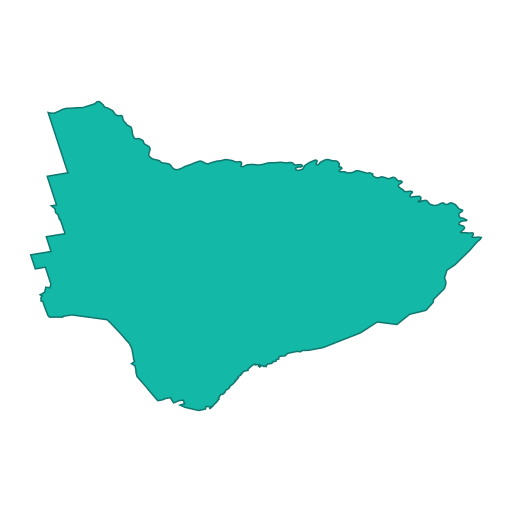 the district of Dunikas pag., Rucavas, Latvia
{"feature_id": "27541924B90244884039067", "entity_name": "Dunikas pag.", "entity_type": "district", "adm_level": 2, "iso_a3": "LVA", "parent_name": "Latvia", "parent_adm1": "Rucavas", "projection": "natural_earth1", "projection_center": [21.341, 56.279], "detail": "fine", "context": "isolated", "style": "filled", "palette": "teal", "viewbox_px": 512, "rotation_deg": 0, "n_neighbors": 0, "source": "geoboundaries", "source_scale": "gbopen_adm2", "svg_char_len": 6054}
<svg xmlns="http://www.w3.org/2000/svg" viewBox="0 0 512 512"><path d="M40.9,297.6L41.1,301.1L42.7,301.1L44.4,306.3L47.9,315.3L49.4,317.1L62.7,317.1L62.7,316.4L71.8,314.9L107.1,319.7L110.7,323.1L121.1,334.1L126.0,339.9L129.1,343.2L131.2,347.2L132.0,349.5L133.4,357.1L133.5,359.0L134.6,361.5L131.5,363.7L134.9,365.7L135.9,370.1L136.0,372.6L137.0,376.5L145.9,386.6L149.6,391.2L157.8,400.7L162.7,399.8L165.6,398.5L170.8,397.6L171.1,399.1L173.7,402.9L179.2,400.6L183.4,400.2L184.5,403.7L180.0,405.1L185.2,407.4L198.7,410.5L205.4,409.1L206.1,406.5L208.3,406.6L209.8,407.0L210.0,407.2L209.8,408.1L209.8,408.3L210.2,408.5L210.4,408.5L211.3,407.3L211.4,406.5L212.4,406.7L212.6,406.5L214.0,404.6L216.0,402.7L217.4,401.2L217.5,400.7L219.1,399.1L218.5,398.7L218.4,398.0L218.9,397.3L219.4,397.0L219.3,396.4L220.3,395.3L220.7,394.5L222.1,394.4L223.7,393.8L223.9,393.6L223.9,393.1L225.2,391.9L225.6,390.6L226.1,390.0L226.5,389.6L227.6,389.3L229.1,388.1L229.3,387.5L229.9,386.9L229.8,386.3L233.1,383.9L234.3,382.4L235.7,381.0L235.4,380.3L235.5,380.0L236.7,379.8L237.4,378.7L238.4,377.8L237.8,377.5L238.2,376.5L240.3,375.4L241.0,374.8L241.0,374.6L240.7,374.4L240.7,374.2L242.2,373.3L243.0,371.9L243.9,371.3L247.4,370.5L248.1,370.2L247.8,369.8L247.8,369.6L248.4,368.8L249.1,368.3L249.6,367.5L250.2,367.3L250.9,366.4L251.6,366.1L252.1,365.5L253.7,364.6L255.0,364.1L255.4,364.2L255.3,364.8L255.6,365.0L257.2,364.5L259.5,364.6L259.2,365.0L259.4,365.3L258.5,365.8L258.4,366.0L259.5,366.7L259.6,367.0L260.5,366.5L260.3,366.1L262.4,365.5L262.7,365.7L263.2,365.7L263.7,366.0L263.8,366.5L265.1,366.4L266.0,366.6L266.0,366.2L266.4,365.9L266.2,365.0L267.1,364.7L268.0,363.9L271.1,363.6L272.7,362.6L272.6,361.9L273.1,361.4L274.6,361.6L276.0,361.1L276.2,360.8L276.2,359.8L276.4,359.6L278.3,359.2L278.8,359.0L278.8,357.2L279.1,356.7L280.7,356.2L285.2,355.8L287.0,353.9L288.7,353.1L297.1,351.4L300.6,351.8L302.3,350.5L308.7,350.3L322.1,347.8L323.5,347.4L360.6,332.8L376.9,322.2L378.9,322.2L396.9,324.5L409.6,314.3L425.7,310.4L426.5,309.8L433.1,302.4L433.7,299.2L444.3,288.7L445.8,284.3L445.8,281.4L444.5,278.0L446.9,270.2L454.8,264.9L469.6,250.5L476.8,242.2L480.3,239.2L481.3,237.5L478.8,237.1L477.0,237.1L475.9,237.6L474.5,237.2L472.9,237.4L472.4,237.2L472.1,237.0L472.0,236.6L472.9,235.4L473.3,233.7L473.0,233.1L472.3,232.8L469.7,233.1L465.6,232.7L461.5,232.7L460.9,232.5L460.6,232.2L460.7,231.9L461.0,231.4L462.0,230.9L463.8,229.2L464.4,228.4L464.5,227.5L464.2,226.9L462.8,225.8L459.3,224.8L458.9,224.4L459.0,223.3L460.0,222.2L461.0,221.6L463.6,220.8L466.2,220.8L466.8,220.2L466.6,219.9L465.1,219.3L463.6,218.3L460.6,217.8L459.7,217.1L459.0,215.7L458.8,214.8L459.1,213.7L459.6,212.8L461.1,212.1L462.1,211.4L462.5,210.9L462.6,210.2L462.2,209.9L459.3,209.0L458.5,208.3L455.5,204.7L455.0,204.4L451.5,202.8L449.9,203.0L447.7,204.3L446.1,204.5L445.3,204.3L443.3,202.9L442.9,202.9L441.0,203.3L437.9,205.0L435.4,205.5L432.9,205.2L429.9,204.1L429.1,203.4L427.1,200.9L425.6,200.3L422.7,200.8L419.8,201.9L418.3,201.9L418.3,201.5L418.6,201.1L420.5,200.5L420.8,200.2L420.6,198.8L420.7,198.0L421.0,197.8L420.5,196.9L419.1,196.2L413.3,196.7L411.3,197.1L410.4,196.9L409.8,195.8L410.5,194.3L412.4,192.5L412.4,192.0L412.2,191.6L410.5,191.2L405.4,191.7L404.6,191.4L403.9,190.9L403.2,189.9L399.6,187.6L398.5,186.3L398.3,185.4L399.0,184.5L401.8,182.7L402.1,181.9L401.9,181.4L400.9,180.9L398.6,180.9L397.8,180.7L395.2,177.9L394.4,177.5L392.8,177.3L389.6,178.5L388.4,178.7L387.0,178.4L385.5,177.7L382.1,176.8L380.7,177.0L379.8,177.4L378.3,177.8L376.4,177.7L374.4,176.9L372.6,175.6L372.4,175.0L372.7,174.6L372.6,173.8L369.6,172.8L368.1,173.2L367.0,173.2L358.9,170.9L356.5,170.7L355.5,171.0L353.3,172.2L352.1,172.6L346.9,173.0L346.4,172.8L345.9,172.2L345.5,172.2L345.0,171.8L340.4,171.7L339.5,171.4L339.2,170.4L340.2,169.6L341.7,168.7L341.9,168.4L341.4,167.4L340.3,166.9L339.0,166.9L338.8,166.6L338.9,166.2L339.4,164.2L339.2,163.5L337.5,161.6L336.9,161.2L335.8,160.9L332.6,160.8L328.5,159.6L326.8,159.5L324.4,160.2L322.0,161.4L320.1,162.5L318.7,164.4L318.1,164.8L317.3,164.9L316.7,164.8L316.1,164.3L316.2,163.6L317.1,161.4L317.0,160.7L316.5,160.3L315.0,160.1L309.0,162.7L305.1,165.3L304.4,166.2L303.1,168.7L302.2,169.3L298.9,170.4L297.1,170.2L296.2,169.9L295.8,169.5L295.7,168.1L295.9,167.9L298.1,167.1L299.3,167.0L300.3,167.1L301.8,166.7L302.5,166.0L302.2,165.5L301.1,164.7L299.9,164.6L295.3,165.0L294.4,164.7L292.4,162.8L291.9,162.6L289.0,162.5L286.9,162.9L285.8,162.9L281.4,162.3L279.2,162.3L276.9,162.6L269.2,162.8L266.8,163.2L262.7,164.4L260.0,164.9L258.1,165.0L252.4,164.4L247.9,164.7L247.0,164.8L243.5,166.5L241.7,166.6L241.0,166.4L240.7,166.1L241.6,163.8L241.7,163.3L241.6,162.9L240.7,161.9L240.2,161.6L236.3,162.0L235.3,161.8L232.4,160.6L227.4,159.7L225.1,159.6L221.2,160.6L216.5,161.2L211.5,162.6L209.1,163.5L208.0,163.8L207.2,163.8L205.5,163.3L201.4,161.2L199.7,161.1L194.3,162.9L190.8,164.5L187.5,165.5L185.8,166.2L184.6,166.5L182.7,167.8L178.0,169.6L177.2,169.7L175.0,169.4L173.7,168.8L173.0,168.3L172.1,167.4L170.9,165.4L169.1,164.0L166.7,163.4L162.0,162.9L161.0,162.2L159.3,160.6L152.7,159.0L150.0,157.1L148.7,155.5L148.9,153.7L150.1,149.3L149.9,148.0L149.3,147.0L148.7,146.4L144.6,144.1L143.9,143.0L143.4,141.9L143.3,141.0L141.8,139.8L139.3,138.7L138.3,138.5L135.7,138.9L134.4,138.3L133.1,135.9L132.4,133.4L132.1,130.8L131.6,128.6L131.0,127.1L130.4,126.7L127.1,125.0L125.6,122.9L124.0,121.5L122.9,119.2L122.4,116.4L122.1,116.0L121.3,115.6L120.7,115.5L118.5,115.7L116.4,115.2L114.9,113.9L112.9,110.8L108.1,108.2L104.5,107.0L103.2,104.9L99.7,101.8L98.5,101.5L97.4,101.7L96.7,102.0L95.0,103.6L93.5,104.2L82.8,107.6L77.1,107.7L71.1,108.2L66.1,108.4L64.3,108.8L62.1,109.6L59.5,110.9L54.2,113.2L50.6,113.1L48.1,112.5L65.2,164.7L67.8,172.5L68.0,172.8L47.2,176.3L56.5,205.0L51.3,205.8L54.9,208.7L55.2,210.0L55.5,212.2L55.9,212.9L58.1,214.8L59.5,219.5L60.2,219.3L62.8,226.8L63.6,229.9L64.2,230.5L64.9,233.7L46.3,236.7L51.0,251.5L30.7,254.8L35.3,268.9L45.4,267.2L50.9,284.1L49.9,287.8L45.8,287.2L44.7,292.2L40.1,294.8L42.2,296.0L40.9,297.6Z" fill="#14b8a6" stroke="#0f766e" stroke-width="1.5"/></svg>